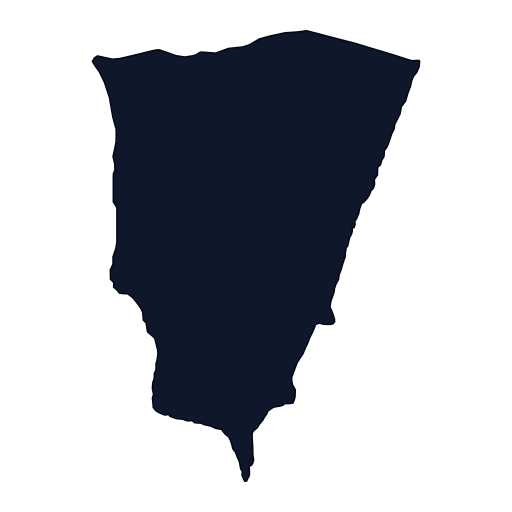 the district of Abassiya, South Kordufan, Sudan
{"feature_id": "16777658B19857105557319", "entity_name": "Abassiya", "entity_type": "district", "adm_level": 2, "iso_a3": "SDN", "parent_name": "Sudan", "parent_adm1": "South Kordufan", "projection": "robinson", "projection_center": [31.282, 12.232], "detail": "fine", "context": "isolated", "style": "filled", "palette": "ink", "viewbox_px": 512, "rotation_deg": 0, "n_neighbors": 0, "source": "geoboundaries", "source_scale": "gbopen_adm2", "svg_char_len": 3718}
<svg xmlns="http://www.w3.org/2000/svg" viewBox="0 0 512 512"><path d="M419.0,60.4L416.5,60.5L414.4,60.6L411.5,60.6L411.4,60.6L405.2,58.7L395.0,55.4L390.1,53.9L388.5,53.4L381.3,51.2L378.1,50.3L370.8,48.1L355.1,43.3L344.5,40.6L327.5,36.2L321.2,34.5L318.9,33.9L306.4,30.7L301.0,31.5L296.7,32.0L285.0,32.8L280.3,33.8L278.1,34.3L270.6,35.9L259.4,38.9L249.4,44.8L242.5,47.0L228.6,48.4L215.6,53.1L202.2,52.1L200.2,52.2L197.6,53.9L195.5,55.0L193.5,55.7L186.8,56.7L184.7,57.0L176.1,55.7L164.6,51.6L164.4,51.5L164.0,51.5L161.1,50.4L159.5,49.9L157.3,49.9L153.9,50.4L147.3,52.0L131.7,55.8L128.8,56.4L125.7,57.2L119.4,58.6L112.4,59.2L100.1,56.5L98.2,56.1L97.6,55.9L94.4,57.9L92.6,61.1L92.4,61.4L92.5,61.5L93.1,62.5L94.3,64.6L97.2,68.9L99.4,71.9L100.5,74.2L102.2,77.6L104.5,82.4L106.6,88.9L109.5,97.7L111.7,110.6L112.7,116.3L112.8,117.0L113.5,119.4L114.0,121.6L115.1,125.4L116.0,128.6L116.1,128.9L116.2,132.1L116.2,137.3L116.2,137.6L116.1,138.3L116.1,141.7L114.9,147.6L114.8,148.5L114.4,150.4L114.2,151.1L113.7,153.5L113.3,155.1L113.1,156.7L113.1,156.9L113.9,160.3L114.7,164.0L114.8,164.7L115.0,165.4L114.8,166.8L114.8,167.7L115.0,170.0L114.7,170.6L114.3,171.5L113.4,173.8L113.4,175.9L113.3,176.0L113.3,176.7L113.3,201.9L116.9,207.7L116.9,242.3L115.8,248.6L113.0,256.9L113.0,264.2L110.3,269.8L110.5,279.2L113.8,282.7L113.6,287.1L116.9,289.9L119.3,293.1L123.8,293.7L127.6,293.7L130.1,295.6L132.6,297.5L136.2,301.9L138.6,305.0L141.1,308.8L142.8,312.6L143.0,316.0L143.3,320.1L146.1,322.9L147.5,331.7L149.8,333.8L154.7,338.1L157.6,349.7L157.8,351.9L157.9,354.0L157.4,357.8L156.8,361.2L156.0,363.7L156.0,367.0L156.0,369.7L154.3,373.5L154.3,375.9L154.3,378.2L153.4,380.9L152.7,382.9L152.4,388.6L153.1,392.3L153.5,394.5L153.0,396.2L152.4,398.0L152.7,401.0L153.0,403.3L153.1,405.5L153.2,407.4L154.9,409.5L156.0,410.9L158.4,412.2L159.9,413.1L161.5,413.7L162.9,414.3L164.5,415.0L166.4,414.8L168.7,414.6L169.8,416.2L172.3,417.2L173.7,417.7L177.0,418.7L179.4,418.9L180.8,419.0L183.3,419.4L185.5,420.3L188.0,420.9L189.9,420.8L192.1,420.6L194.9,422.8L197.8,423.0L200.7,423.1L204.5,424.7L207.7,425.4L210.3,426.0L213.0,427.1L216.1,428.5L218.8,428.9L221.6,429.4L223.7,432.3L225.2,434.1L227.0,435.5L228.8,437.0L230.5,440.7L231.8,444.5L232.9,448.9L235.4,452.1L236.8,455.8L238.1,458.8L239.3,461.5L240.1,465.6L240.7,469.0L242.3,470.9L242.2,473.4L242.0,475.3L243.4,478.5L244.8,481.3L246.7,481.0L247.3,479.4L249.2,475.9L249.5,473.1L249.2,466.2L251.4,465.3L252.8,463.1L253.6,459.9L252.8,454.3L252.8,448.6L252.2,438.2L252.2,433.2L253.6,430.7L257.2,427.8L259.7,423.8L262.7,420.3L264.7,416.8L266.6,414.0L268.0,410.9L273.2,407.4L276.8,406.5L279.8,406.2L282.9,405.2L284.8,403.6L289.2,403.6L293.1,403.0L295.0,397.4L295.3,389.8L292.5,384.8L291.7,380.4L291.7,377.2L293.1,373.5L295.0,368.4L297.2,362.5L299.9,358.4L303.0,353.7L305.2,348.3L307.9,342.7L309.6,338.0L312.9,331.4L315.7,324.4L319.5,323.1L322.6,324.1L326.4,324.4L330.5,324.4L333.0,323.8L334.7,321.6L334.4,318.7L333.0,314.3L331.6,310.6L330.0,307.1L330.3,304.3L331.1,300.5L332.7,296.1L334.1,292.0L334.4,288.9L335.8,284.5L338.5,279.4L339.1,274.7L341.0,270.0L342.4,265.0L343.5,261.5L345.1,257.1L345.4,252.4L346.2,247.7L347.6,246.1L348.7,241.4L349.6,237.6L351.5,234.2L352.3,231.0L352.3,228.2L354.0,227.6L355.1,224.7L354.8,221.3L356.7,218.5L358.6,213.7L359.7,208.7L361.4,203.7L364.2,201.8L367.2,198.3L369.4,194.9L371.0,190.8L373.5,188.0L374.6,184.2L374.3,179.5L377.4,175.0L377.7,167.1L380.4,164.9L381.5,160.8L384.0,156.4L384.5,150.1L386.5,147.9L388.7,142.9L391.7,133.8L394.2,128.8L394.7,124.4L397.5,119.0L400.0,114.0L401.3,106.8L405.7,100.8L407.7,93.6L410.4,86.6L411.5,81.3L413.2,76.9L417.0,71.9L419.2,66.5L419.4,63.5L419.6,61.5L419.1,61.5L419.0,60.4Z" fill="#0f172a" stroke="#020617" stroke-width="1.5"/></svg>